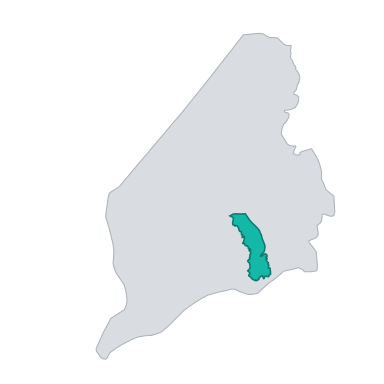 location of Menbij, Aleppo, Syria, rotated 164°
{"feature_id": "27442178B68936835306318", "entity_name": "Menbij", "entity_type": "district", "adm_level": 2, "iso_a3": "SYR", "parent_name": "Syria", "parent_adm1": "Aleppo", "projection": "equal_earth", "projection_center": [38.131, 36.027], "detail": "fine", "context": "in_parent", "style": "filled", "palette": "teal", "viewbox_px": 384, "rotation_deg": 164, "n_neighbors": 0, "source": "geoboundaries", "source_scale": "gbopen_adm2", "svg_char_len": 6422}
<svg xmlns="http://www.w3.org/2000/svg" viewBox="0 0 384 384"><g transform="rotate(164 192 192)"><path d="M62.3,130.1L65.4,130.4L71.9,134.7L73.0,134.6L75.1,128.9L77.0,127.0L81.1,125.3L82.3,116.2L84.2,114.5L86.5,113.5L90.0,113.3L93.1,112.8L93.3,111.2L89.1,100.6L89.5,98.0L91.6,87.4L92.9,83.3L94.2,81.9L99.0,82.4L105.8,84.3L107.5,87.3L110.9,90.0L115.8,89.9L121.6,90.4L126.0,90.5L129.6,88.6L137.7,85.1L141.7,83.9L145.4,82.3L157.0,76.5L161.7,77.0L164.9,77.7L167.4,78.7L172.9,82.6L177.5,86.6L180.6,87.8L186.4,87.8L194.7,88.5L204.9,88.5L210.8,87.3L218.4,85.4L231.9,80.6L249.6,70.7L260.0,65.9L264.5,65.4L270.3,65.3L276.2,66.6L282.9,67.5L285.9,67.4L293.1,66.4L302.4,64.4L308.3,62.7L315.3,60.1L319.7,55.6L321.1,55.1L322.9,55.9L323.8,56.3L325.6,58.8L327.7,65.3L327.7,66.1L327.3,67.9L322.8,73.3L316.7,80.6L312.2,85.3L304.7,93.0L299.1,94.7L289.5,97.5L287.0,100.3L284.7,104.7L283.3,110.7L283.0,114.5L282.8,121.5L285.2,128.9L287.4,135.9L287.8,140.6L287.6,145.2L285.6,150.1L283.4,156.8L282.2,164.4L281.7,178.8L281.8,191.0L281.6,192.9L277.8,201.6L273.2,211.7L271.1,214.0L260.9,217.0L249.8,224.4L237.5,232.7L226.2,240.2L214.3,248.2L202.0,256.4L193.2,262.3L181.4,270.1L170.6,277.6L159.7,285.3L151.4,291.1L138.8,300.3L131.4,305.7L120.4,313.6L110.8,320.6L99.4,328.9L85.2,326.4L80.7,325.0L77.0,321.0L74.4,318.9L67.6,316.8L63.4,309.4L60.8,306.7L56.3,305.6L58.3,300.8L58.7,297.7L60.6,293.9L59.5,291.4L58.9,286.1L58.1,284.8L57.8,283.4L58.5,281.7L58.2,280.0L57.5,279.2L57.1,276.6L56.5,274.6L56.8,272.2L57.8,270.7L58.9,267.7L60.1,266.8L62.0,265.0L62.5,263.0L64.2,261.1L66.5,259.6L67.1,258.3L66.7,257.6L64.5,256.2L63.3,253.7L64.4,250.2L65.1,249.0L66.5,247.3L69.6,244.7L72.0,244.2L74.1,244.2L77.6,244.4L80.3,244.9L81.0,244.2L80.9,243.4L77.5,241.2L77.4,239.5L78.2,237.6L80.6,234.7L83.4,232.6L84.9,232.2L88.1,227.9L90.3,223.1L87.0,211.5L85.0,209.6L81.7,208.0L79.8,207.8L79.6,207.0L82.2,204.1L84.1,201.5L82.1,199.1L78.4,197.9L77.1,200.4L72.4,200.7L65.1,200.6L62.0,188.4L61.6,183.1L61.8,176.9L64.0,168.0L63.0,163.8L63.0,161.0L62.5,157.2L56.8,148.9L60.1,133.8L62.3,130.1Z" fill="#d9dde1" stroke="#a8b0b8" stroke-width="1"/><path d="M136.7,121.3L136.9,122.1L136.9,123.0L136.9,123.9L136.9,124.1L137.0,124.9L137.1,125.3L137.2,126.2L137.3,127.1L137.3,128.1L137.4,128.9L137.3,129.9L137.2,130.6L137.1,130.9L137.2,131.3L137.2,131.8L137.3,132.2L137.4,132.5L137.6,133.1L137.6,133.6L137.7,133.9L137.7,134.8L137.7,135.6L137.8,136.3L137.9,136.7L138.6,138.3L139.9,140.9L143.0,146.2L144.4,149.3L146.2,154.7L146.7,156.4L147.7,156.6L150.4,157.2L151.1,157.4L156.4,159.1L158.5,159.4L162.2,158.6L159.3,155.9L160.7,152.5L161.1,152.0L161.5,151.3L161.7,149.1L160.2,148.4L160.3,147.7L160.2,147.6L160.1,147.4L159.9,147.4L159.8,147.5L159.7,147.5L159.6,147.8L157.7,147.0L157.8,146.5L157.1,144.5L157.2,144.3L157.2,144.1L157.3,144.0L157.3,143.8L157.3,143.6L157.3,143.4L157.4,143.2L157.4,142.9L157.4,142.7L157.3,142.4L157.3,142.2L157.2,141.8L157.2,141.7L157.1,141.4L157.0,141.1L156.9,140.9L155.9,140.6L155.9,140.3L155.6,140.2L156.2,137.2L155.1,136.9L156.3,134.5L155.5,134.4L155.4,134.5L154.4,134.4L154.3,134.8L153.9,134.6L154.5,133.2L154.8,132.2L155.6,130.9L156.7,129.5L157.4,128.7L157.0,128.3L156.9,128.3L156.7,128.2L156.4,128.1L155.9,128.2L155.8,127.9L155.9,127.4L155.9,127.1L155.8,126.8L155.8,126.7L155.7,126.7L155.4,126.6L155.5,126.6L155.5,126.2L155.4,125.8L155.2,125.7L154.9,125.7L154.7,125.6L154.5,125.4L154.5,125.2L154.4,125.2L154.2,125.0L154.1,124.9L153.9,124.9L153.7,124.9L153.5,124.7L153.4,124.6L153.3,124.4L153.1,123.3L153.3,123.1L153.5,122.7L153.3,122.3L152.7,121.8L152.7,121.6L152.4,121.4L152.1,121.3L152.0,121.2L151.8,121.1L151.7,121.1L151.6,120.9L151.6,120.7L151.6,120.3L151.7,120.1L152.0,120.2L152.1,120.3L152.4,120.7L152.5,120.7L152.6,120.8L152.8,120.8L152.9,120.7L153.0,120.7L153.3,120.1L152.8,119.4L152.5,119.1L152.5,118.8L152.3,118.3L152.3,118.2L152.2,118.2L152.3,117.9L152.5,117.6L152.4,117.3L152.7,116.2L153.5,116.0L153.6,115.9L153.8,115.2L153.9,114.2L154.7,113.4L154.8,113.0L154.7,112.7L154.8,112.5L154.7,111.9L154.7,111.7L155.0,111.6L155.9,111.5L156.0,111.4L156.2,111.2L156.3,111.2L156.5,111.1L156.7,110.9L156.8,110.9L157.0,110.8L157.1,110.7L157.3,110.7L157.3,110.0L157.3,109.3L157.1,108.9L156.4,108.1L156.4,107.4L156.5,106.3L156.5,105.1L156.8,104.2L157.3,103.1L158.1,102.1L158.6,101.7L159.8,101.1L160.0,101.1L160.0,100.9L160.1,100.7L160.0,100.4L159.9,100.2L159.7,99.9L159.6,99.7L159.4,99.5L159.3,99.4L159.2,99.3L159.1,99.2L158.9,98.9L158.9,98.7L158.8,98.4L158.9,98.2L158.9,97.9L159.0,97.7L159.1,97.4L159.3,97.2L159.5,97.1L159.8,96.9L160.0,96.8L160.2,96.7L160.3,96.5L160.3,96.4L160.4,96.2L160.5,95.9L160.4,95.8L160.4,95.7L160.3,95.4L160.1,95.2L159.9,95.1L159.7,94.8L159.6,94.7L159.4,94.4L159.3,94.2L159.1,94.0L159.0,93.8L158.9,93.6L158.9,93.4L158.8,93.1L158.6,92.8L158.4,92.3L158.3,92.1L158.2,91.9L158.1,91.7L157.8,91.3L157.6,91.2L156.2,89.9L155.9,89.5L155.5,89.4L155.4,89.9L154.7,89.6L154.5,89.2L154.3,89.0L153.5,89.1L153.4,89.1L153.1,89.1L152.4,89.7L152.0,89.8L151.8,89.7L151.7,89.9L151.6,90.3L151.5,90.5L150.7,91.0L150.1,91.3L149.6,91.8L149.0,92.0L148.6,92.0L148.4,92.2L148.2,92.4L147.8,92.2L147.7,92.0L147.7,91.8L147.5,91.4L147.1,91.4L147.1,90.9L147.2,90.6L147.2,90.1L147.2,89.8L147.1,89.5L147.1,89.1L146.9,88.9L146.2,89.2L146.0,89.8L145.8,90.2L145.5,90.8L145.1,90.8L144.8,90.9L144.4,90.9L144.1,90.8L143.5,90.2L143.0,90.0L142.5,89.7L141.9,89.5L141.5,89.6L141.3,89.9L141.1,90.3L140.9,90.8L140.7,91.1L140.3,91.3L139.7,91.1L139.4,91.1L139.2,91.3L139.0,91.5L138.9,91.6L138.9,92.3L138.8,92.9L138.5,93.5L138.4,93.9L138.3,95.3L138.1,96.1L138.0,96.4L137.9,96.6L138.0,97.1L138.2,97.5L138.3,97.7L138.5,97.9L139.0,97.9L139.3,97.7L139.5,97.6L139.7,97.9L139.5,98.4L139.4,98.6L139.3,99.1L139.2,99.3L138.8,99.7L138.4,100.0L138.3,100.3L138.3,100.5L138.4,101.0L138.6,101.2L138.7,101.5L138.6,101.8L138.3,102.4L138.1,102.5L138.1,103.1L138.3,103.3L138.5,103.4L138.8,103.9L139.0,104.7L139.0,105.1L139.4,105.4L139.5,105.6L139.5,106.1L139.1,106.7L139.0,106.8L138.4,106.8L138.1,107.3L138.4,107.8L138.7,107.9L139.1,108.6L139.1,108.9L138.6,109.2L138.3,109.1L137.7,109.3L137.5,109.7L137.4,110.9L137.8,111.7L138.2,112.0L138.4,112.3L138.8,112.3L139.6,112.3L140.5,112.1L141.3,112.0L141.9,111.5L142.3,111.2L142.9,111.1L143.3,111.3L143.7,111.6L143.8,111.6L143.4,112.3L142.3,113.1L141.0,113.6L139.5,114.5L139.3,114.6L139.2,114.8L138.9,115.1L138.7,115.3L138.6,115.6L137.8,117.1L137.5,117.9L136.9,119.2L136.7,120.8L136.7,121.3Z" fill="#14b8a6" stroke="#0f766e" stroke-width="1.5"/></g></svg>